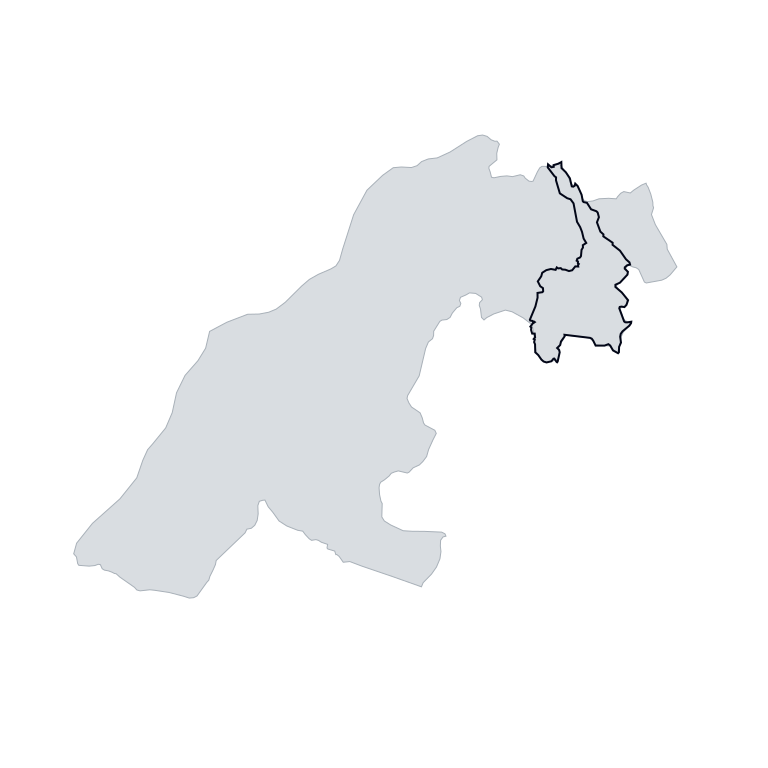 Republic of the Congo, with Niari highlighted, rotated 199°
{"feature_id": "COG-3345", "entity_name": "Niari", "entity_type": "Region", "adm_level": 1, "iso_a3": "COG", "parent_name": "Republic of the Congo", "parent_adm1": "", "projection": "albers", "projection_center": [12.665, -3.355], "detail": "medium", "context": "in_parent", "style": "outline", "palette": "ink", "viewbox_px": 768, "rotation_deg": 199, "n_neighbors": 0, "source": "natural_earth", "source_scale": "10m", "svg_char_len": 5628}
<svg xmlns="http://www.w3.org/2000/svg" viewBox="0 0 768 768"><g transform="rotate(199 384 384)"><path d="M145.2,590.1L149.0,580.3L151.8,575.8L155.2,572.6L168.9,564.9L171.0,565.2L180.4,575.2L183.4,576.0L186.8,575.7L190.8,576.1L192.7,574.2L193.0,571.6L190.2,568.7L189.7,565.6L191.8,562.3L192.9,558.5L195.8,554.1L196.1,552.1L193.0,549.8L186.6,546.4L182.3,543.1L180.6,539.9L181.8,535.9L185.3,532.6L185.1,530.8L182.0,527.8L179.7,524.7L177.4,522.7L171.0,521.5L172.2,517.2L174.6,511.0L175.1,506.2L173.3,493.6L173.5,491.3L175.2,490.1L179.1,491.5L182.9,493.4L193.4,490.6L197.1,490.2L200.2,492.6L204.4,494.5L228.6,489.3L229.1,483.9L230.5,479.1L230.6,475.4L229.6,473.1L228.4,471.3L227.7,467.7L227.7,463.8L230.0,462.0L237.7,457.3L240.2,457.5L245.6,460.0L250.6,464.0L255.1,472.3L258.3,479.5L263.2,488.2L273.8,491.8L286.4,494.0L293.3,493.4L303.0,486.0L308.5,480.2L310.3,477.1L313.5,478.7L317.2,486.4L319.5,489.3L320.1,492.1L318.4,495.7L320.0,497.9L326.8,499.5L332.8,498.0L335.5,494.9L339.9,490.9L339.9,487.5L337.6,485.2L337.6,482.2L340.0,479.8L342.5,473.3L343.2,468.5L345.6,465.4L350.0,463.3L351.6,461.4L354.2,450.1L352.9,446.0L352.9,442.6L355.7,438.2L356.2,431.1L353.4,403.1L357.9,380.7L357.5,377.8L354.4,374.3L350.5,371.2L340.5,368.5L336.8,364.4L333.9,360.0L331.8,358.5L320.9,356.8L318.5,354.3L319.5,347.2L320.5,336.6L320.1,329.3L322.0,323.4L324.2,319.0L329.1,314.3L331.6,308.8L333.0,307.4L342.2,306.5L345.5,304.2L348.1,301.9L349.2,298.7L352.4,293.5L355.2,290.0L355.5,287.6L354.9,284.3L352.1,277.8L348.8,272.3L346.8,270.4L342.8,257.6L339.1,254.6L331.8,252.9L318.1,251.5L309.8,253.8L297.2,258.0L281.3,262.7L277.6,262.2L275.9,260.3L278.4,258.6L279.6,254.7L278.0,249.2L275.6,244.1L274.2,236.9L274.8,228.0L277.2,219.7L282.3,208.9L282.6,204.4L313.1,204.7L345.9,204.6L358.5,205.0L364.5,202.2L370.3,206.4L373.1,207.4L374.0,207.0L376.2,210.0L383.4,209.7L384.5,210.4L385.1,214.0L391.8,214.0L395.0,214.8L397.7,214.7L401.6,212.6L404.3,213.3L409.4,216.0L412.9,218.4L418.0,217.6L429.6,218.1L438.6,220.3L447.5,226.6L453.5,230.2L458.8,235.5L460.8,234.6L463.7,232.5L463.7,227.9L460.7,220.2L459.5,213.7L460.2,208.3L462.5,204.4L466.4,202.1L466.9,198.0L485.2,162.5L484.6,158.4L485.1,152.3L486.0,145.5L485.8,141.5L487.0,138.7L491.8,122.7L494.4,120.0L498.4,118.2L504.2,118.1L519.5,116.9L533.7,114.3L538.4,113.2L547.3,109.0L550.7,108.8L553.7,110.5L570.8,115.4L575.5,117.4L577.2,117.1L579.8,117.5L583.8,117.6L587.8,117.0L590.3,117.6L593.4,120.9L595.5,120.5L598.3,118.2L603.5,115.8L613.5,113.2L615.1,114.4L618.5,120.4L622.1,122.4L622.8,133.4L614.3,157.3L596.3,189.4L587.2,214.8L587.2,233.4L586.1,245.0L583.2,252.1L576.1,271.4L574.9,287.9L577.3,308.2L574.9,327.4L567.5,345.5L564.3,359.8L566.0,377.0L552.6,391.3L535.7,405.5L524.8,409.5L516.4,414.3L510.3,419.7L503.9,429.2L493.8,449.7L488.6,458.6L481.8,466.3L471.6,475.6L467.9,480.0L466.3,486.4L467.0,498.2L467.8,534.2L463.2,561.7L453.2,580.9L445.7,591.5L438.3,594.8L428.5,597.6L423.8,601.2L420.9,606.5L415.4,611.2L407.3,615.1L397.1,624.8L384.8,640.3L376.3,649.2L371.8,651.5L367.1,651.7L362.3,649.8L358.3,649.6L356.2,650.4L353.0,648.3L353.1,644.7L352.5,638.8L350.2,632.7L355.5,624.0L355.1,622.1L352.6,619.0L349.7,614.5L347.1,614.8L341.4,618.2L335.5,620.8L330.0,621.9L323.3,626.2L319.6,626.2L317.5,624.6L313.0,623.0L310.5,623.5L309.1,624.3L308.0,634.7L307.1,639.1L305.5,641.2L298.6,643.5L294.0,646.5L290.0,648.6L287.5,648.1L277.6,640.2L272.4,633.8L269.2,633.6L268.3,635.7L266.7,634.7L261.9,630.4L256.2,623.6L254.1,622.6L250.9,622.7L245.9,625.2L241.0,629.1L232.1,632.7L224.7,634.7L224.1,637.1L222.3,641.4L219.9,644.0L213.3,644.8L211.0,648.6L205.3,655.9L201.6,659.2L200.6,657.8L198.3,656.0L193.6,650.4L189.0,643.4L187.8,640.2L186.5,638.4L186.3,631.3L179.3,623.0L162.0,608.1L160.1,603.7L145.2,590.1Z" fill="#d9dde1" stroke="#a8b0b8" stroke-width="1"/><path d="M288.6,651.6L286.4,645.9L281.0,643.4L275.2,639.0L270.8,632.0L269.3,632.2L268.2,633.6L268.4,635.7L265.4,634.3L258.8,627.3L255.5,621.5L254.5,621.0L251.1,621.4L245.1,616.6L239.4,616.5L237.8,615.7L235.1,611.7L235.3,606.2L229.0,598.5L225.2,596.9L224.7,595.0L213.8,592.0L213.2,590.0L204.3,586.9L195.8,580.7L191.5,578.9L190.2,577.0L192.7,575.5L194.3,572.7L193.9,571.4L189.9,569.5L189.4,566.7L193.9,556.6L197.5,553.2L196.8,551.1L189.0,548.0L180.5,542.7L180.5,537.7L181.7,535.0L184.7,534.5L186.2,533.6L186.2,532.2L177.3,521.3L176.0,520.9L174.2,521.4L170.5,523.4L170.2,521.9L171.0,519.0L175.6,511.5L176.5,508.5L176.1,505.6L173.4,500.3L173.8,495.6L172.2,490.5L172.7,489.3L178.4,490.3L182.6,494.0L184.8,494.7L188.0,492.1L196.4,489.2L200.3,493.1L202.3,494.5L204.2,494.7L229.4,489.3L228.7,487.9L230.5,481.8L230.1,478.2L232.0,474.4L229.5,473.2L228.2,471.2L227.1,461.8L227.4,460.9L228.1,461.1L231.2,463.5L232.0,463.1L233.1,460.0L237.3,457.3L240.4,457.2L243.1,458.3L247.6,461.6L251.3,463.2L254.1,470.7L255.7,472.5L255.9,475.0L257.1,475.3L256.3,477.2L257.9,480.7L260.3,479.9L262.6,483.1L263.1,485.3L264.3,485.9L263.2,489.4L261.6,491.6L262.6,491.9L263.4,491.2L264.2,492.0L266.4,491.6L267.0,492.2L266.1,506.6L266.9,515.6L268.5,520.1L264.1,522.4L263.7,523.5L264.9,526.4L268.1,527.3L272.0,531.1L270.4,537.0L270.6,540.7L267.6,544.5L263.6,547.1L258.9,547.8L258.6,550.5L257.0,550.0L254.6,551.1L252.8,550.3L249.8,551.1L245.9,551.0L243.1,552.8L241.4,557.5L238.6,558.3L239.3,559.7L238.9,560.9L240.0,561.3L240.5,563.0L242.0,563.3L242.0,565.4L239.8,567.5L239.4,569.1L240.9,575.2L240.3,577.8L241.2,580.0L238.7,583.2L242.6,586.5L246.3,592.3L249.6,596.2L254.3,600.2L263.6,616.5L267.8,619.4L271.3,619.3L279.8,621.5L287.7,632.6L288.6,635.4L290.5,636.0L299.7,642.1L300.4,645.1L296.3,643.4L294.2,644.6L294.9,646.2L291.0,649.0L288.6,651.6Z" fill="none" stroke="#020617" stroke-width="2"/></g></svg>